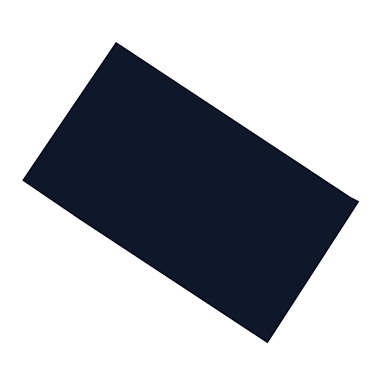 the district of Cumberland, Illinois, United States of America, rotated 34°
{"feature_id": "52423323B3228002830897", "entity_name": "Cumberland", "entity_type": "district", "adm_level": 2, "iso_a3": "USA", "parent_name": "United States of America", "parent_adm1": "Illinois", "projection": "albers", "projection_center": [-88.294, 39.275], "detail": "fine", "context": "isolated", "style": "filled", "palette": "ink", "viewbox_px": 384, "rotation_deg": 34, "n_neighbors": 0, "source": "geoboundaries", "source_scale": "gbopen_adm2", "svg_char_len": 274}
<svg xmlns="http://www.w3.org/2000/svg" viewBox="0 0 384 384"><g transform="rotate(34 192 192)"><path d="M115.2,276.9L338.5,274.4L335.2,107.1L326.1,108.2L45.8,110.9L45.5,241.0L45.5,276.6L47.7,276.6L115.2,276.9Z" fill="#0f172a" stroke="#020617" stroke-width="1.5"/></g></svg>